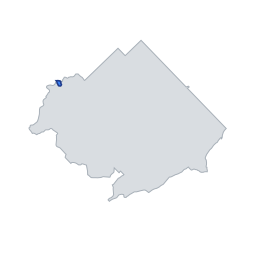 location of Sirba, Western Darfur, Sudan, rotated 46°
{"feature_id": "16777658B17269795285399", "entity_name": "Sirba", "entity_type": "district", "adm_level": 2, "iso_a3": "SDN", "parent_name": "Sudan", "parent_adm1": "Western Darfur", "projection": "mercator", "projection_center": [22.421, 13.82], "detail": "fine", "context": "in_parent", "style": "filled", "palette": "blue", "viewbox_px": 256, "rotation_deg": 46, "n_neighbors": 0, "source": "geoboundaries", "source_scale": "gbopen_adm2", "svg_char_len": 4345}
<svg xmlns="http://www.w3.org/2000/svg" viewBox="0 0 256 256"><g transform="rotate(46 128 128)"><path d="M167.8,192.3L165.9,192.3L165.7,191.8L165.7,190.5L165.9,189.6L166.6,188.1L166.4,187.3L166.5,186.1L166.0,184.7L161.4,180.9L160.5,179.8L158.0,178.8L158.5,177.7L157.4,169.8L157.9,168.9L158.1,167.5L158.1,166.2L158.7,164.2L158.7,163.3L153.8,163.3L153.8,164.2L154.0,165.1L154.0,165.5L147.1,165.6L149.9,168.7L150.0,170.0L149.8,171.8L149.9,172.8L150.0,173.6L150.8,175.0L150.7,175.2L150.5,175.5L145.7,179.7L144.9,181.6L144.2,182.6L142.8,184.3L138.4,188.7L137.7,189.0L134.3,189.2L134.0,189.3L133.7,189.5L133.5,189.4L130.7,186.9L125.8,183.7L122.6,185.4L121.7,186.0L121.7,187.5L121.2,188.2L120.3,189.1L117.9,189.6L116.7,190.0L115.2,190.9L113.8,192.3L113.7,193.0L113.8,193.7L105.6,193.7L105.1,193.1L103.9,190.8L103.1,190.9L95.6,190.7L94.5,190.9L92.4,191.9L91.3,192.0L90.2,191.6L86.3,187.0L85.4,186.4L84.5,185.3L83.7,184.9L83.4,184.5L83.3,184.0L83.3,183.0L83.1,182.4L82.4,182.2L77.2,183.3L76.4,183.2L75.3,183.4L74.9,183.6L74.5,184.2L74.4,185.4L74.2,186.1L73.8,186.8L72.3,188.3L72.0,189.0L72.1,190.7L72.0,191.6L71.7,192.0L71.1,192.6L70.9,193.0L70.6,195.2L69.8,196.5L69.6,197.0L69.5,198.0L69.4,198.3L67.0,199.0L66.1,199.5L65.6,200.3L65.4,200.6L64.4,200.3L63.1,200.1L60.6,199.9L59.6,199.5L59.1,199.0L59.3,197.7L59.0,197.4L58.6,197.2L58.4,196.6L58.4,195.9L59.7,194.4L60.0,193.5L60.4,189.7L60.3,188.5L59.2,186.3L56.8,182.6L56.2,181.8L53.2,178.8L52.9,178.3L52.2,177.0L53.0,174.1L53.0,173.3L52.8,172.5L52.0,171.9L51.4,171.8L50.5,171.1L49.9,170.7L49.4,170.1L49.0,169.1L49.3,165.7L49.1,165.3L48.3,165.2L48.2,164.9L48.2,164.3L47.8,162.3L47.3,160.7L47.6,159.9L46.9,158.7L45.7,158.1L43.3,158.5L42.6,158.5L42.0,158.3L41.7,157.8L41.5,157.3L41.7,156.5L42.3,155.1L43.2,153.9L44.9,152.8L45.4,152.2L45.6,151.6L45.7,150.9L45.6,150.1L45.4,149.4L44.9,148.4L44.4,147.3L44.4,146.6L44.6,146.1L45.1,145.4L46.8,144.2L48.6,143.1L48.8,142.8L48.7,142.3L47.9,141.5L47.7,139.8L47.2,138.6L48.1,137.7L48.8,137.4L49.8,137.2L50.2,136.8L50.3,136.1L50.3,135.4L50.7,134.9L51.2,133.8L51.6,133.4L52.9,132.1L53.2,131.3L53.3,130.5L52.9,128.1L53.7,127.1L54.7,126.3L56.1,126.4L58.3,126.2L59.8,125.8L60.9,125.9L63.4,126.3L63.6,126.1L63.7,125.5L63.7,79.8L73.9,79.8L74.0,79.7L74.0,57.7L138.2,57.7L138.8,57.7L139.8,55.6L140.2,55.4L140.9,55.5L141.1,56.0L140.5,57.7L196.6,57.7L196.7,60.2L197.2,62.3L198.8,65.2L200.1,66.7L200.6,67.6L200.6,68.0L200.6,68.3L200.2,67.9L199.5,67.6L199.4,69.0L199.7,71.7L200.3,73.6L199.9,75.4L199.9,78.4L200.6,82.0L200.5,84.3L201.6,89.7L202.8,92.7L203.4,93.4L204.1,93.8L205.4,94.0L207.4,95.5L209.0,97.1L209.5,98.0L210.3,98.9L210.8,98.7L211.1,98.5L211.7,99.2L214.1,100.8L214.5,101.5L213.6,102.2L212.6,103.5L212.1,104.6L211.8,105.0L211.0,105.7L210.8,106.1L210.5,106.3L210.1,106.3L209.2,106.7L208.5,106.6L207.7,106.8L207.4,107.1L206.8,107.3L206.0,107.4L204.7,108.4L203.6,108.9L203.2,109.3L202.6,111.2L202.2,111.7L200.5,111.8L199.7,111.9L198.5,111.7L198.0,111.7L197.9,112.2L197.7,113.8L197.7,114.5L196.8,116.4L197.0,119.9L196.1,122.6L196.0,123.2L195.1,125.3L194.6,126.1L193.4,130.0L193.0,131.2L192.0,132.4L193.0,141.7L192.2,144.6L192.2,146.1L191.6,148.4L191.2,149.5L190.4,150.8L189.8,152.2L189.3,154.1L188.9,157.6L188.7,158.0L185.8,158.4L184.8,158.7L184.2,159.1L183.4,160.0L181.9,162.5L181.1,164.0L179.9,166.1L178.5,167.6L178.2,168.3L177.9,169.6L177.4,171.7L176.9,173.2L177.0,174.5L176.5,176.5L176.6,177.6L176.1,178.1L175.4,178.7L174.9,178.8L172.9,177.4L171.4,178.4L170.5,179.7L169.8,181.1L170.2,184.0L170.2,184.6L170.0,185.3L168.6,188.2L168.2,189.5L167.8,191.7L167.8,192.3Z" fill="#d9dde1" stroke="#a8b0b8" stroke-width="1"/><path d="M49.2,148.6L49.3,148.6L49.5,148.5L49.8,148.4L50.2,148.0L50.4,147.9L50.7,147.6L51.0,147.2L50.9,146.7L50.8,146.2L50.7,145.8L50.6,145.7L50.4,145.7L50.2,145.7L49.9,145.4L49.6,145.4L49.3,145.4L49.1,145.3L48.8,145.1L48.7,144.8L48.5,144.7L48.4,144.3L48.1,144.2L47.8,144.2L47.5,144.2L47.1,144.2L47.0,144.3L46.9,144.3L46.7,144.3L46.6,144.5L46.4,144.9L46.1,144.9L45.9,144.9L45.7,145.0L45.5,145.3L45.2,145.6L45.0,145.8L44.9,145.8L44.6,146.2L44.4,146.5L44.2,146.7L44.5,146.7L44.9,146.7L45.0,146.8L45.1,147.0L45.3,147.1L45.5,147.2L45.7,147.3L45.9,147.4L46.1,147.5L46.3,147.6L46.6,147.9L47.0,147.9L47.3,148.0L47.7,148.0L47.9,148.2L48.1,148.2L48.4,148.3L48.5,148.3L48.7,148.5L48.8,148.5L49.2,148.6Z" fill="#3b82f6" stroke="#1e3a8a" stroke-width="1.5"/></g></svg>